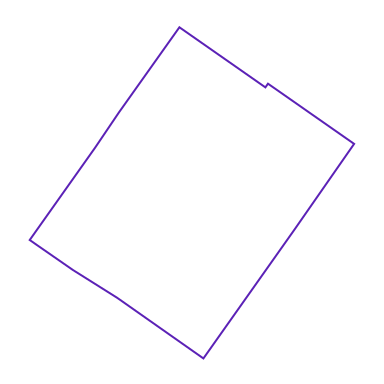 Douglas, Minnesota, United States of America, rotated 125°
{"feature_id": "52423323B43796500945789", "entity_name": "Douglas", "entity_type": "district", "adm_level": 2, "iso_a3": "USA", "parent_name": "United States of America", "parent_adm1": "Minnesota", "projection": "mercator", "projection_center": [-95.419, 45.933], "detail": "fine", "context": "isolated", "style": "outline", "palette": "violet", "viewbox_px": 384, "rotation_deg": 125, "n_neighbors": 0, "source": "geoboundaries", "source_scale": "gbopen_adm2", "svg_char_len": 326}
<svg xmlns="http://www.w3.org/2000/svg" viewBox="0 0 384 384"><g transform="rotate(125 192 192)"><path d="M321.8,87.2L164.3,86.5L59.6,86.8L59.7,191.9L64.2,191.9L64.3,296.8L168.6,297.5L168.8,297.5L211.0,296.8L324.4,297.4L324.4,288.7L324.2,244.8L321.6,192.5L321.8,87.2Z" fill="none" stroke="#5b21b6" stroke-width="2"/></g></svg>